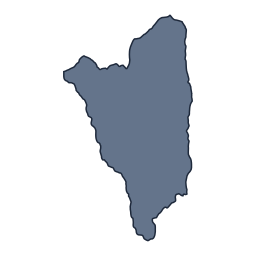 Molagavita, Santander, Colombia
{"feature_id": "7082276B9574899495584", "entity_name": "Molagavita", "entity_type": "district", "adm_level": 2, "iso_a3": "COL", "parent_name": "Colombia", "parent_adm1": "Santander", "projection": "equal_earth", "projection_center": [-72.811, 6.635], "detail": "fine", "context": "isolated", "style": "filled", "palette": "slate", "viewbox_px": 256, "rotation_deg": 0, "n_neighbors": 0, "source": "geoboundaries", "source_scale": "gbopen_adm2", "svg_char_len": 5813}
<svg xmlns="http://www.w3.org/2000/svg" viewBox="0 0 256 256"><path d="M186.9,194.1L186.9,193.6L186.7,192.5L186.7,191.7L186.9,189.9L186.9,189.3L186.5,188.4L186.1,185.9L185.9,183.6L185.8,182.0L186.2,179.9L186.6,178.0L186.8,176.8L187.1,175.7L187.8,174.3L188.5,173.1L189.2,172.4L190.2,171.2L190.7,170.3L191.2,169.3L191.5,167.6L191.5,164.2L191.4,162.5L191.1,160.4L190.7,159.0L190.3,158.2L189.5,157.0L189.1,156.0L188.6,155.0L188.4,154.5L188.3,152.9L188.3,151.0L188.4,148.7L188.4,147.8L188.3,146.8L188.3,146.2L188.5,143.9L189.0,141.5L189.0,141.0L188.4,140.1L188.2,139.6L188.0,139.0L187.9,138.3L188.0,137.6L188.2,136.8L188.4,135.9L188.3,135.1L188.1,134.5L187.5,133.0L186.8,131.9L186.6,131.4L186.5,130.9L186.6,130.6L186.9,130.0L187.3,129.5L188.2,128.0L188.5,127.0L188.9,126.3L189.0,125.8L189.0,125.2L188.8,124.9L188.2,122.8L188.3,120.6L187.9,117.4L188.2,116.5L189.0,115.3L189.3,114.5L189.4,113.4L189.4,112.1L189.5,110.8L189.6,109.6L189.7,107.9L190.0,106.0L190.6,103.9L191.6,102.0L192.1,101.4L192.2,100.8L192.0,98.8L191.7,97.7L191.6,96.6L191.7,95.7L191.6,94.4L191.8,93.8L191.6,93.6L191.5,92.0L191.4,91.7L191.1,89.9L190.9,88.6L190.8,87.5L190.7,86.6L190.3,85.7L189.4,83.3L188.9,83.2L188.3,82.8L188.1,82.4L187.9,82.0L188.0,81.6L188.3,81.1L188.7,80.4L188.8,79.3L188.7,78.5L188.3,76.9L187.9,75.5L187.6,74.1L187.1,72.8L186.9,71.8L186.6,70.9L186.3,68.2L186.1,64.3L186.0,61.4L185.8,60.5L185.5,59.9L185.1,59.2L185.1,58.9L185.3,56.9L185.6,55.4L185.6,54.9L185.5,53.0L185.3,51.8L185.3,50.3L185.5,49.3L185.8,47.5L185.9,46.4L185.8,45.8L185.4,45.2L185.2,44.7L184.9,43.5L184.8,42.4L184.7,41.3L184.8,41.0L184.9,40.5L185.0,39.7L185.3,38.6L185.6,38.0L185.7,37.7L185.9,36.8L185.9,36.2L185.9,35.2L186.3,30.6L186.3,29.8L186.1,29.2L186.0,28.9L185.8,28.6L185.5,28.3L185.3,28.0L185.4,27.5L185.3,27.3L184.9,26.3L184.4,25.6L183.1,23.6L182.1,22.0L182.1,21.8L180.8,21.3L178.9,20.7L176.6,20.1L175.1,19.9L173.9,19.5L172.5,18.3L171.4,16.9L170.2,15.4L169.6,15.4L168.6,16.5L166.5,17.1L163.9,17.4L161.9,17.6L160.1,18.5L158.4,19.9L155.0,24.3L153.3,26.2L152.1,28.2L151.4,28.8L150.4,29.1L149.4,29.6L148.5,30.9L146.6,32.8L145.2,34.0L144.0,34.5L140.6,37.6L139.3,38.3L137.8,38.5L136.6,38.8L135.7,38.9L134.9,38.8L134.0,39.4L133.1,40.7L132.3,42.4L131.3,44.8L130.5,46.8L129.7,49.8L129.5,51.8L129.4,54.6L129.5,57.4L129.8,60.0L129.4,63.4L128.6,65.4L127.4,67.6L126.8,68.6L125.9,68.5L125.0,67.3L123.8,66.1L123.1,65.3L122.4,65.3L121.0,65.6L120.1,66.4L119.1,66.4L118.2,65.4L117.5,64.6L116.5,63.9L115.8,63.8L113.2,64.8L112.2,65.0L110.2,65.6L108.6,67.1L107.9,68.0L107.5,68.6L107.1,69.0L106.4,68.8L105.6,68.2L103.6,68.4L102.1,68.7L101.5,68.9L100.7,69.4L100.1,69.5L99.6,69.4L98.6,68.2L98.1,67.7L97.0,66.9L96.9,66.1L96.6,65.2L96.1,64.3L95.3,63.0L94.2,62.3L93.6,61.6L92.3,60.3L91.6,60.0L90.9,59.5L90.1,58.7L87.7,57.5L85.8,56.8L85.0,56.5L84.0,55.9L83.1,56.3L82.0,57.0L80.8,58.1L79.5,59.5L78.9,61.8L78.4,62.6L77.3,63.2L76.3,64.2L75.3,65.5L74.6,66.5L73.4,67.4L71.9,68.0L70.2,68.8L68.9,69.6L67.0,70.3L65.5,71.1L63.8,71.6L63.8,72.8L63.8,76.3L64.0,78.0L64.3,78.9L64.7,79.7L66.1,80.8L66.8,81.0L67.7,81.5L68.4,82.4L69.0,82.7L71.4,82.7L74.0,83.9L74.9,85.5L75.8,88.3L76.0,88.8L76.1,90.2L76.4,90.7L77.3,91.7L77.6,92.2L78.4,92.6L78.6,92.9L79.5,94.7L80.1,95.4L80.5,95.7L81.2,96.4L82.9,98.8L84.3,99.6L84.9,100.4L85.1,100.8L86.0,102.8L86.7,104.9L86.5,106.4L86.2,107.4L86.1,109.1L86.5,111.2L87.1,112.6L87.4,113.0L88.2,115.7L88.6,116.2L90.9,117.5L91.3,117.8L91.7,118.5L91.8,119.3L91.7,120.3L91.2,122.5L91.2,123.1L91.2,123.7L91.4,124.5L92.2,125.6L93.5,126.5L95.1,128.3L95.5,129.4L95.8,130.3L95.9,131.3L95.8,135.0L95.9,137.1L96.1,138.6L96.4,139.6L96.7,140.6L97.3,141.7L97.7,142.2L98.4,142.7L99.0,142.9L99.6,143.3L100.0,144.1L100.1,144.7L100.7,145.9L100.7,146.6L100.7,148.0L100.6,148.7L100.2,150.5L100.2,151.1L100.2,151.8L101.5,156.2L101.6,157.7L101.9,158.6L102.4,159.4L102.6,159.7L103.0,160.0L104.2,159.8L104.5,160.0L105.1,160.8L105.5,161.4L106.2,161.9L106.9,162.7L107.3,163.4L108.0,165.2L108.4,165.9L109.1,166.3L110.3,166.7L111.5,167.3L112.8,167.6L113.4,168.2L113.6,168.6L114.2,169.9L114.8,170.8L115.2,171.2L117.0,171.9L117.6,172.0L119.4,172.9L120.1,172.9L120.7,173.1L121.4,173.8L121.9,174.7L122.3,175.8L122.7,176.6L123.6,177.7L125.4,180.6L126.0,182.0L125.9,184.0L126.1,184.9L126.2,185.8L126.2,186.7L126.1,187.5L126.2,189.0L126.4,190.7L126.5,191.1L127.3,192.9L128.6,194.0L128.6,196.3L129.4,197.4L131.1,202.0L130.2,206.5L130.3,208.6L130.3,209.4L130.7,211.9L130.8,213.9L131.1,215.9L131.4,216.8L131.9,217.5L132.4,218.0L132.8,218.2L133.0,218.8L133.3,221.9L133.3,223.1L133.2,224.4L133.2,225.3L133.3,226.2L133.6,226.9L134.1,227.4L135.3,228.3L135.7,229.1L136.0,229.9L136.2,230.8L136.3,232.1L136.7,233.4L137.2,234.1L137.7,234.5L138.2,234.7L138.9,234.9L139.4,234.9L141.5,235.1L142.2,235.3L142.8,235.7L144.1,238.6L144.5,238.9L145.7,239.7L147.0,240.3L147.4,240.5L147.9,240.6L148.4,240.5L149.6,239.7L150.0,239.4L150.6,239.1L151.3,238.9L152.0,239.0L152.4,238.8L153.1,238.4L153.8,237.6L154.6,235.8L154.9,234.5L155.3,231.6L155.3,229.1L155.3,228.1L155.3,226.8L155.1,225.2L154.8,224.7L152.9,222.4L152.6,221.8L152.4,220.8L152.3,219.7L152.4,219.0L152.7,218.6L155.1,217.8L156.0,217.8L156.6,217.4L157.5,215.7L158.9,213.6L159.6,213.3L160.3,212.6L161.3,211.5L162.3,209.9L162.8,209.1L163.7,208.2L164.4,207.5L165.0,207.3L165.5,207.2L166.0,207.3L166.4,207.6L166.9,207.9L167.4,207.8L167.9,207.4L168.7,206.5L169.4,205.7L170.0,205.0L170.9,203.9L171.3,203.4L171.7,203.0L173.5,202.4L175.2,201.3L175.5,200.9L175.6,200.5L175.6,199.9L175.5,198.6L175.4,198.0L175.3,197.3L175.4,196.3L175.7,195.3L176.0,194.8L176.4,194.5L176.9,194.2L177.6,194.1L178.2,194.0L178.6,193.7L178.8,193.7L179.6,194.1L180.1,194.4L181.2,195.3L182.1,195.7L182.7,195.8L183.0,195.8L183.1,195.5L183.1,195.0L183.3,194.6L183.7,194.2L184.5,194.2L184.8,194.4L185.2,194.5L185.6,194.5L186.2,194.4L186.9,194.1Z" fill="#64748b" stroke="#1e293b" stroke-width="1.5"/></svg>